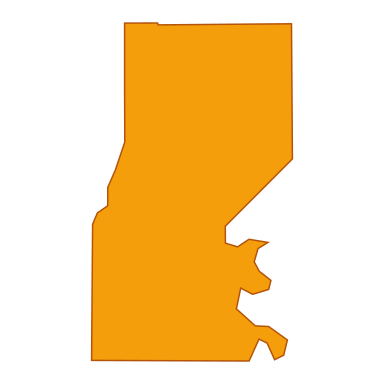 Sharkey, Mississippi, United States of America (Robinson projection)
{"feature_id": "52423323B93324902631491", "entity_name": "Sharkey", "entity_type": "district", "adm_level": 2, "iso_a3": "USA", "parent_name": "United States of America", "parent_adm1": "Mississippi", "projection": "robinson", "projection_center": [-90.779, 32.88], "detail": "fine", "context": "isolated", "style": "filled", "palette": "amber", "viewbox_px": 384, "rotation_deg": 0, "n_neighbors": 0, "source": "geoboundaries", "source_scale": "gbopen_adm2", "svg_char_len": 554}
<svg xmlns="http://www.w3.org/2000/svg" viewBox="0 0 384 384"><path d="M124.6,92.7L124.8,142.0L115.3,170.2L107.8,187.3L107.7,205.8L97.4,212.9L92.6,224.3L91.6,360.4L249.1,361.0L259.0,339.1L267.1,343.1L274.6,359.7L283.7,355.2L287.4,340.0L268.6,326.5L255.3,325.9L236.4,308.9L240.7,288.1L252.7,294.3L268.7,289.4L270.9,280.4L259.2,271.2L254.2,261.8L258.0,248.6L267.9,242.4L249.0,239.3L237.5,246.9L225.4,243.1L225.3,226.2L292.4,158.9L291.5,23.8L262.9,24.0L158.1,24.9L157.6,23.0L124.6,23.1L124.6,92.7Z" fill="#f59e0b" stroke="#b45309" stroke-width="1.5"/></svg>